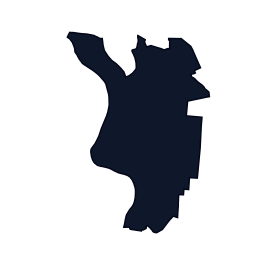 the district of Giurgeni, Ialomita, Romania, rotated 192°
{"feature_id": "2599482B95773019331943", "entity_name": "Giurgeni", "entity_type": "district", "adm_level": 2, "iso_a3": "ROU", "parent_name": "Romania", "parent_adm1": "Ialomita", "projection": "albers", "projection_center": [27.835, 44.741], "detail": "fine", "context": "isolated", "style": "filled", "palette": "ink", "viewbox_px": 256, "rotation_deg": 192, "n_neighbors": 0, "source": "geoboundaries", "source_scale": "gbopen_adm2", "svg_char_len": 5007}
<svg xmlns="http://www.w3.org/2000/svg" viewBox="0 0 256 256"><g transform="rotate(192 128 128)"><path d="M171.8,210.2L173.9,209.8L174.1,209.8L174.8,209.9L175.3,210.0L176.2,210.4L176.9,210.6L177.0,210.6L178.8,210.9L179.7,211.2L180.3,211.4L182.0,211.4L184.7,211.4L186.9,211.3L187.7,211.3L188.6,211.2L189.2,211.1L190.0,211.0L190.6,210.9L192.9,210.6L194.1,210.5L196.1,210.3L196.3,210.2L196.5,210.2L196.6,210.3L196.8,210.3L197.4,210.2L198.1,210.2L199.6,210.1L200.1,210.1L201.8,209.9L203.2,209.6L204.9,209.4L205.0,208.8L205.2,208.2L205.4,207.7L205.5,207.5L205.5,207.3L206.0,205.2L206.2,204.2L203.5,203.1L200.2,200.2L197.6,196.3L196.3,193.9L196.2,192.9L195.5,191.2L194.2,190.0L192.9,188.8L191.7,187.2L189.5,184.8L187.9,183.5L186.1,181.8L183.9,180.8L174.5,177.2L171.7,175.9L168.4,174.2L165.7,172.4L160.6,168.5L158.8,166.5L153.8,156.7L152.9,153.9L151.4,147.7L151.1,145.8L151.0,139.7L151.4,135.5L153.9,122.1L154.7,114.9L155.2,112.3L156.9,105.9L159.0,101.3L159.4,100.2L159.6,99.7L159.6,98.6L159.6,98.0L159.4,97.1L159.2,96.3L157.8,92.6L156.4,90.1L155.7,89.1L154.5,87.8L154.0,87.3L153.1,86.6L152.8,86.6L152.6,86.5L151.4,85.8L151.0,85.6L150.9,85.6L150.4,85.4L150.1,85.2L149.9,85.2L149.2,85.1L148.8,85.0L147.9,85.0L147.6,85.0L147.1,85.0L147.0,84.9L146.8,84.9L146.5,84.9L145.9,85.0L145.4,85.0L142.5,85.0L141.4,85.0L141.0,84.9L140.8,84.9L140.2,84.9L139.3,84.9L139.2,84.9L138.6,84.8L138.2,84.7L137.3,84.6L135.9,84.3L134.3,83.8L133.6,83.6L133.1,83.4L132.9,83.4L131.8,83.1L129.5,82.6L128.7,82.4L128.4,82.3L127.4,82.2L127.1,82.2L126.0,82.1L125.4,82.1L122.7,82.0L121.1,81.9L120.8,81.9L120.3,81.8L120.2,81.8L120.0,81.7L118.3,81.5L117.9,81.3L117.7,81.3L117.7,81.2L116.6,80.8L115.9,80.5L114.4,79.3L114.1,79.1L112.9,77.9L111.8,76.4L110.9,75.2L110.3,74.2L109.5,72.7L108.8,71.6L108.7,71.3L107.8,69.0L107.5,67.7L107.4,67.4L107.3,66.6L107.2,66.3L107.0,65.3L107.0,65.2L106.6,62.5L106.6,62.4L106.4,60.5L106.4,60.3L106.4,60.2L106.4,58.1L106.4,57.9L106.4,57.2L106.4,56.9L106.5,56.4L106.6,54.9L107.0,53.7L107.2,53.0L107.6,51.9L107.8,51.6L107.9,51.3L108.2,50.7L108.5,50.2L108.9,49.5L109.3,48.6L109.6,47.8L109.8,47.4L110.0,46.7L110.2,46.2L110.3,45.9L110.5,45.2L110.6,44.9L110.7,44.7L111.3,42.9L111.4,42.4L111.5,41.2L111.5,40.2L111.5,39.6L111.5,38.6L111.5,38.3L111.5,37.7L111.5,36.7L111.4,34.7L111.4,34.3L111.4,32.2L111.5,30.5L111.6,30.4L111.6,30.1L111.4,30.0L111.2,30.1L110.6,30.2L110.3,30.3L108.2,30.8L107.4,31.0L105.9,31.3L105.7,31.3L105.6,31.0L105.6,30.9L105.5,30.5L105.4,30.4L105.2,30.0L105.0,29.7L104.9,29.6L104.7,29.5L103.9,29.5L103.4,29.5L103.1,29.5L101.6,29.6L101.1,29.7L100.8,29.7L99.6,29.7L98.1,29.8L93.5,30.1L93.5,30.3L93.4,30.5L93.2,30.8L92.7,31.1L92.5,31.3L91.9,31.5L91.6,31.7L90.8,32.4L90.0,33.0L89.8,33.2L89.7,33.3L89.6,33.5L89.5,33.8L89.4,33.9L89.4,34.0L89.5,34.4L89.5,34.7L89.6,34.9L89.6,35.1L89.6,35.3L89.5,35.5L89.4,35.8L89.2,36.1L89.1,36.3L88.9,36.4L88.6,36.4L88.3,36.4L86.8,35.6L86.4,35.4L85.1,34.5L84.5,34.0L84.0,33.7L83.4,33.2L82.9,32.8L82.6,32.5L82.4,32.2L82.2,32.1L81.8,31.8L81.6,31.7L80.9,31.5L80.7,31.4L80.4,31.4L80.2,31.4L79.3,31.5L78.9,31.5L78.7,31.5L78.4,31.5L77.1,32.5L73.3,35.9L72.1,38.4L70.8,41.2L68.8,45.4L67.2,48.4L67.0,48.5L66.0,50.4L65.7,50.8L65.4,51.1L64.9,51.1L60.9,50.7L61.1,51.6L61.2,52.7L61.4,53.6L61.6,54.9L61.9,57.1L62.7,62.6L63.1,64.5L64.6,73.4L59.9,74.2L60.6,79.8L55.9,80.4L57.6,92.2L49.8,93.4L53.3,123.6L56.7,144.6L57.9,153.9L73.5,152.0L75.3,166.7L58.2,174.3L54.9,175.6L56.4,180.0L61.1,182.5L61.9,183.6L64.2,185.2L64.8,185.5L68.9,187.4L69.5,187.7L70.0,188.0L72.8,189.9L74.3,190.7L76.1,190.9L76.2,191.2L76.3,191.3L76.4,191.6L76.8,192.0L77.6,193.9L76.3,194.2L76.1,194.3L75.7,194.5L75.0,194.8L73.6,195.8L75.0,198.0L69.6,202.0L72.2,205.5L75.6,210.2L80.9,217.7L81.2,218.1L83.4,220.7L83.7,221.0L86.5,222.4L94.6,226.5L94.8,226.5L95.0,226.4L97.2,225.9L100.4,225.3L102.5,224.9L106.8,224.0L106.5,222.6L105.5,222.8L104.9,219.7L103.8,214.2L105.3,213.9L105.6,213.9L106.0,213.7L107.6,212.7L107.9,212.5L109.1,211.9L109.3,211.8L109.5,211.8L109.9,211.9L110.3,212.2L110.6,212.2L111.0,212.3L113.5,212.6L114.2,212.6L115.2,212.7L121.0,213.2L122.4,213.4L122.6,213.4L123.0,213.2L123.4,213.0L126.7,211.2L127.4,212.2L128.6,213.8L128.8,214.1L129.1,214.6L129.4,215.3L129.5,215.5L129.8,215.8L129.8,216.0L129.5,217.9L129.8,218.0L136.2,220.1L137.6,220.5L137.6,220.2L137.5,219.7L137.4,219.1L137.2,218.6L136.9,217.8L136.7,217.3L136.5,216.8L136.2,215.9L136.1,215.4L136.0,214.7L136.0,214.1L136.1,212.9L136.1,212.4L136.2,211.9L136.1,211.3L136.1,210.7L136.0,209.6L136.1,208.9L136.1,208.4L136.3,207.8L136.5,207.4L136.6,207.1L136.8,206.9L137.1,206.7L138.4,206.0L139.0,205.8L139.5,205.5L139.9,205.3L140.1,205.0L140.2,204.8L140.2,204.5L140.2,204.3L140.1,204.1L139.5,203.3L138.6,202.1L138.1,201.5L137.6,200.8L137.2,200.2L136.8,199.6L136.4,199.1L136.0,198.6L134.4,195.2L133.6,193.3L132.5,189.1L132.4,187.7L132.9,186.3L133.9,184.4L135.1,182.3L136.4,180.9L137.8,179.3L140.8,177.4L143.7,182.0L147.7,185.1L152.9,188.4L158.0,190.7L162.4,194.0L167.2,198.8L169.5,203.4L171.8,210.2Z" fill="#0f172a" stroke="#020617" stroke-width="1.5"/></g></svg>